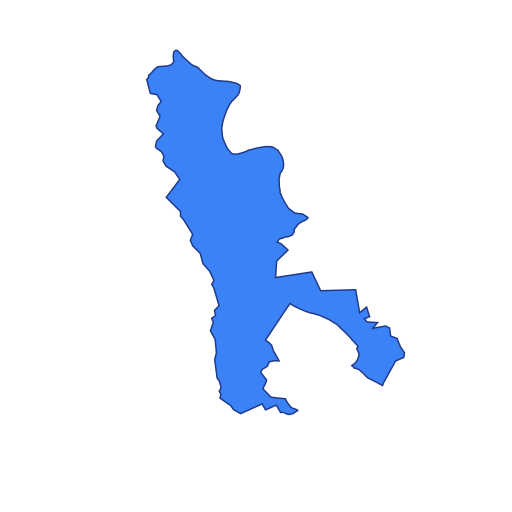 the district of Wujal Wujal, Queensland, Australia, rotated 117°
{"feature_id": "25037944B81164112312357", "entity_name": "Wujal Wujal", "entity_type": "district", "adm_level": 2, "iso_a3": "AUS", "parent_name": "Australia", "parent_adm1": "Queensland", "projection": "robinson", "projection_center": [145.313, -15.966], "detail": "fine", "context": "isolated", "style": "filled", "palette": "blue", "viewbox_px": 512, "rotation_deg": 117, "n_neighbors": 0, "source": "geoboundaries", "source_scale": "gbopen_adm2", "svg_char_len": 4241}
<svg xmlns="http://www.w3.org/2000/svg" viewBox="0 0 512 512"><g transform="rotate(117 256 256)"><path d="M274.9,79.7L273.9,81.6L273.2,82.7L271.5,85.8L267.5,90.6L265.4,92.8L266.2,99.7L259.6,104.2L259.5,108.7L267.4,119.1L260.2,117.5L264.4,127.3L262.7,130.9L258.5,127.2L251.3,134.3L259.5,137.9L240.8,151.9L257.6,182.6L244.9,199.1L266.3,228.8L251.1,235.3L236.2,230.2L233.7,239.1L234.0,243.4L233.2,243.2L230.7,243.1L230.1,242.7L228.0,240.6L226.4,239.0L225.7,238.6L225.1,237.6L224.5,236.3L223.3,235.4L220.8,233.2L219.0,233.2L217.2,232.9L216.3,233.2L215.0,234.0L213.8,233.8L212.0,233.6L211.3,233.2L210.8,233.2L209.9,233.4L209.1,233.2L208.9,233.0L207.1,232.1L205.2,231.1L204.1,230.1L202.8,229.3L202.1,228.6L201.2,228.1L200.8,227.7L199.3,227.3L198.7,227.0L198.3,227.1L198.0,227.6L197.9,228.7L197.6,232.0L197.5,233.8L199.0,237.6L200.0,240.6L199.9,242.7L199.2,246.3L198.7,249.0L197.6,250.6L196.5,252.6L194.7,255.4L191.0,260.5L189.9,261.4L188.7,263.4L186.8,264.2L183.9,266.5L182.0,267.7L179.4,268.9L178.8,269.6L174.8,271.0L172.2,271.8L171.0,272.0L169.9,271.8L168.0,271.5L165.3,271.7L163.1,272.4L160.8,273.7L158.1,275.6L156.5,277.1L155.1,278.8L153.9,281.0L153.0,282.6L151.8,284.6L151.7,287.3L151.3,289.8L151.7,291.9L152.3,293.4L152.8,294.1L153.2,295.4L154.2,297.2L156.9,300.9L160.2,305.2L163.6,308.8L165.1,310.8L167.0,312.0L168.7,313.6L170.2,315.0L173.6,318.8L175.5,322.4L175.7,324.5L174.0,328.3L173.5,330.0L168.9,335.9L166.0,339.1L163.9,340.7L159.9,343.2L158.2,344.3L155.4,345.3L151.1,346.6L147.2,347.3L144.0,347.7L139.6,348.3L133.3,348.3L129.1,347.8L127.0,347.0L121.6,345.4L119.4,345.1L117.6,345.2L114.6,346.0L113.1,346.5L111.5,347.2L111.1,348.3L110.9,351.3L112.7,358.9L113.5,361.1L114.6,363.4L115.7,366.2L117.0,369.1L117.8,371.7L118.3,374.5L118.2,378.2L117.8,381.3L117.2,384.9L116.0,388.2L115.3,390.8L114.6,392.5L114.4,394.9L114.8,399.0L114.5,401.2L113.4,405.4L112.5,408.5L111.3,412.6L110.2,414.3L109.2,417.5L108.6,419.1L108.8,420.2L109.3,421.0L110.5,421.6L111.8,421.8L113.3,421.3L114.8,420.8L116.8,419.7L118.3,418.8L119.5,417.9L120.8,417.5L121.9,417.7L124.2,418.5L125.9,420.1L127.2,421.7L128.7,424.2L130.1,426.5L131.7,429.1L132.8,429.9L134.4,430.7L137.0,431.6L140.2,432.3L142.6,433.2L143.9,433.7L145.4,432.8L148.5,433.4L159.1,423.9L157.2,417.6L161.3,410.7L166.4,411.6L171.4,410.7L175.1,404.9L185.3,404.1L187.1,402.4L189.2,394.0L198.4,396.7L203.8,395.5L205.1,393.7L206.0,387.7L208.8,383.4L213.5,382.0L216.8,376.9L218.0,366.6L222.4,358.7L244.5,362.6L250.6,343.5L254.8,341.3L256.8,336.5L265.5,322.2L271.7,321.7L275.7,317.0L279.0,306.9L287.0,299.6L290.5,290.6L296.9,282.3L301.4,282.5L303.8,278.9L317.1,266.3L323.3,268.3L327.5,264.9L331.7,267.2L334.5,263.9L343.3,262.7L348.8,254.6L360.0,247.4L367.0,245.8L382.4,235.2L384.2,231.7L389.4,227.1L393.1,227.4L395.2,224.4L399.0,223.6L400.8,210.4L403.1,206.3L403.4,198.1L385.0,183.4L388.8,177.6L379.6,170.3L384.3,163.0L383.9,162.6L383.6,162.3L383.1,161.3L382.9,160.0L382.9,158.8L382.9,157.6L382.7,156.4L382.3,155.0L381.8,153.9L380.5,152.4L378.9,151.0L377.7,150.5L375.0,148.7L374.7,148.7L374.5,149.0L374.4,149.5L374.5,150.0L374.5,150.4L374.4,150.8L374.5,151.3L374.6,151.7L374.7,152.5L374.9,153.4L375.0,155.5L374.4,157.1L373.8,158.7L373.3,159.6L373.1,160.2L372.6,160.9L371.8,162.4L371.3,163.1L370.7,164.0L369.8,165.0L370.7,167.1L375.0,178.4L371.3,189.3L369.6,189.7L364.1,189.7L361.6,190.3L357.7,198.8L354.0,199.0L351.9,197.5L348.9,195.8L344.3,196.2L341.0,192.1L339.0,187.8L338.0,189.2L332.5,197.6L328.4,201.6L327.2,205.4L326.8,209.4L288.4,204.9L285.3,204.4L282.8,204.1L283.2,201.6L283.3,198.0L283.2,193.5L282.9,188.1L282.2,182.5L281.3,179.1L279.9,171.8L279.5,162.1L280.0,156.3L280.3,152.2L281.9,147.7L283.0,143.6L284.4,139.3L285.4,136.3L286.4,133.8L286.9,132.8L287.3,131.8L288.0,129.7L289.3,126.2L290.5,123.9L292.8,124.2L294.8,121.6L295.8,120.4L297.2,119.4L299.5,118.8L302.7,118.5L304.9,118.7L307.4,119.5L310.1,120.9L310.8,118.4L311.1,117.7L311.3,117.2L310.8,116.1L310.6,114.6L310.5,112.9L310.6,111.7L311.1,110.1L311.4,108.8L311.9,106.9L312.7,104.9L313.4,102.8L313.7,101.7L313.9,100.5L313.8,98.2L313.8,97.0L313.8,95.6L313.8,92.3L313.8,89.9L313.9,89.0L313.9,87.2L314.0,85.6L313.9,84.4L311.6,84.8L296.3,84.3L291.0,84.1L286.3,84.0L279.3,78.3L274.9,79.7Z" fill="#3b82f6" stroke="#1e3a8a" stroke-width="1.5"/></g></svg>